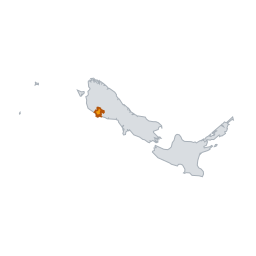 Dunedin City, Otago, New Zealand (highlighted), rotated 82°
{"feature_id": "76426892B14381320629181", "entity_name": "Dunedin City", "entity_type": "district", "adm_level": 2, "iso_a3": "NZL", "parent_name": "New Zealand", "parent_adm1": "Otago", "projection": "natural_earth1", "projection_center": [170.467, -45.641], "detail": "fine", "context": "in_parent", "style": "filled", "palette": "amber", "viewbox_px": 256, "rotation_deg": 82, "n_neighbors": 0, "source": "geoboundaries", "source_scale": "gbopen_adm2", "svg_char_len": 6233}
<svg xmlns="http://www.w3.org/2000/svg" viewBox="0 0 256 256"><g transform="rotate(82 128 128)"><path d="M134.8,103.3L135.9,103.4L140.6,99.9L142.6,99.2L143.1,99.1L142.1,100.1L142.3,100.9L141.2,103.2L142.1,102.9L142.7,101.2L143.3,100.9L143.1,100.0L145.9,100.3L144.9,101.9L143.4,102.9L144.3,103.0L146.5,101.3L146.5,102.3L143.7,105.1L144.5,106.6L143.8,107.9L144.6,107.8L145.6,108.7L145.0,110.0L141.9,113.3L141.4,114.9L138.6,117.8L135.6,123.2L130.0,126.7L131.0,127.6L129.1,128.9L130.6,128.7L131.7,130.7L134.1,131.4L134.3,133.3L132.7,133.9L131.1,133.0L128.8,133.3L129.6,132.5L128.6,132.0L126.9,133.6L124.5,131.7L125.9,133.9L121.0,136.5L119.0,136.7L118.3,138.1L117.2,138.2L117.8,138.7L116.3,145.8L114.9,145.8L116.2,146.5L116.0,147.3L114.4,149.3L112.2,154.7L113.0,156.0L112.9,156.9L108.9,158.3L103.0,164.8L97.6,165.7L94.6,165.0L91.1,165.4L90.5,163.6L89.3,162.6L86.1,162.6L84.7,160.6L83.4,160.1L81.8,161.2L76.9,161.0L76.0,160.7L75.8,159.9L77.7,157.9L76.0,159.0L75.2,158.9L75.9,158.0L75.8,157.1L73.8,158.0L73.9,156.2L78.4,155.1L76.6,154.9L76.5,154.3L78.3,153.0L75.9,153.1L76.3,151.6L77.6,151.5L77.1,150.4L79.7,151.6L79.4,150.5L80.4,150.2L78.6,149.4L78.5,148.2L79.4,147.4L80.6,147.8L79.8,146.8L82.0,144.8L82.5,146.3L82.7,144.1L85.4,142.1L86.6,142.9L86.1,141.0L90.7,136.1L93.3,134.8L94.7,135.1L97.1,133.6L98.2,134.1L97.8,133.1L98.1,132.6L104.2,129.8L104.2,128.8L104.9,128.7L104.4,128.5L108.0,125.4L109.4,125.6L108.5,124.7L110.0,123.9L111.4,124.6L110.6,123.6L111.9,123.0L112.5,123.8L112.6,122.6L114.7,120.2L115.1,122.1L115.4,121.9L115.3,119.9L116.8,117.6L117.9,117.2L117.4,116.5L119.6,109.4L121.8,108.5L123.9,106.4L125.2,102.4L125.7,99.4L127.0,97.2L130.4,94.4L133.3,94.4L131.3,94.7L131.0,96.1L131.6,97.4L133.7,98.3L134.8,103.3ZM134.0,23.7L137.1,29.0L138.6,27.4L138.9,28.6L141.9,30.1L142.4,29.6L144.9,30.9L145.2,32.8L147.0,32.2L149.0,36.1L148.7,37.1L149.4,38.5L147.6,38.7L151.4,44.7L150.9,46.9L151.5,48.3L150.6,51.0L152.2,51.8L152.7,51.2L156.0,52.8L156.8,55.4L158.3,55.3L157.9,49.2L156.9,47.7L157.7,46.7L159.7,49.9L160.6,49.8L161.5,52.4L162.5,58.1L163.8,59.8L163.1,59.5L162.9,60.0L163.6,60.5L169.8,63.4L174.5,64.6L177.3,63.5L178.9,61.2L181.6,59.5L184.1,59.6L186.6,61.1L185.2,64.3L183.8,71.2L181.0,73.2L180.3,76.8L180.8,78.2L180.2,79.3L179.1,77.8L176.6,77.4L172.3,79.1L171.2,80.8L171.0,83.1L172.5,84.4L169.9,90.1L168.4,91.7L161.6,102.5L155.2,107.2L154.4,106.8L153.9,104.9L151.3,105.0L151.5,102.9L151.1,102.7L150.1,103.9L149.0,103.4L154.0,95.6L155.0,91.7L154.1,89.6L152.7,87.7L148.6,86.1L146.6,84.1L142.7,82.5L141.6,81.5L141.1,80.3L141.9,78.2L144.1,76.9L147.1,76.1L149.1,74.0L150.3,67.4L151.5,65.0L151.1,63.5L152.3,62.4L150.5,58.2L150.9,56.9L150.3,56.8L149.2,54.1L149.9,54.0L150.6,55.5L151.3,54.2L152.5,53.9L151.1,52.2L149.4,52.7L148.2,52.2L147.3,49.7L145.5,46.9L146.1,46.8L147.5,48.2L148.1,47.1L147.1,45.5L147.5,43.9L146.3,43.0L146.2,44.0L144.1,42.5L143.0,40.0L143.0,41.3L145.3,45.0L144.7,45.7L144.3,45.3L138.2,35.7L140.3,33.0L139.0,33.5L137.9,35.2L137.3,34.5L136.9,33.3L135.4,31.7L136.1,30.7L136.2,29.4L131.6,22.8L134.8,22.5L134.0,23.7ZM87.2,166.4L89.0,168.8L88.0,168.7L88.0,169.2L89.9,169.7L89.9,170.8L83.4,172.9L85.8,168.9L85.7,166.5L87.2,166.4ZM72.0,212.5L72.6,214.0L70.5,213.2L69.4,213.6L71.0,212.1L71.2,210.5L72.7,210.7L72.0,212.5ZM158.2,43.2L158.5,45.0L156.6,43.7L156.5,42.7L157.0,42.0L158.2,43.2ZM142.3,98.4L141.1,99.1L141.4,97.6L142.8,96.7L142.3,98.4ZM76.0,154.4L75.9,155.3L74.1,154.9L75.5,153.9L76.0,154.4ZM98.7,232.7L99.2,233.3L98.3,233.5L97.4,232.7L98.7,232.7ZM78.1,148.9L78.5,150.3L77.3,149.6L78.1,148.9Z" fill="#d9dde1" stroke="#a8b0b8" stroke-width="1"/><path d="M108.6,149.9L108.7,149.5L108.1,149.5L107.8,149.5L107.8,149.8L107.5,149.9L107.5,150.0L107.3,150.4L107.3,150.5L107.2,150.6L106.9,150.9L107.0,151.1L106.8,151.4L106.6,151.5L106.4,151.7L106.4,151.9L106.1,152.3L105.8,152.4L105.7,152.3L105.2,152.6L104.9,152.6L105.0,152.9L104.9,153.1L104.5,153.2L104.3,153.2L104.2,153.2L104.1,153.3L104.1,153.5L104.0,153.8L104.0,154.0L103.9,154.1L103.9,154.3L103.8,154.5L103.6,154.6L103.6,154.8L103.4,154.9L103.4,155.0L103.4,155.3L103.5,155.3L103.6,155.6L103.8,155.7L103.9,155.8L104.1,155.8L104.2,155.7L104.3,155.6L104.5,155.5L104.8,155.6L104.9,155.3L105.1,155.1L105.3,155.2L105.3,155.3L105.5,155.5L105.8,155.6L106.1,155.8L106.3,155.8L106.2,156.7L106.0,157.5L106.3,157.6L106.6,157.5L106.7,157.8L106.8,157.8L107.0,157.9L107.0,158.0L106.9,158.1L106.7,158.1L106.8,158.2L106.9,158.3L107.0,158.3L107.7,159.0L107.8,158.8L108.0,158.5L108.2,158.4L108.4,158.0L108.6,157.9L108.9,157.8L108.9,157.7L109.5,157.6L109.8,157.5L110.0,157.5L110.2,157.4L110.3,157.4L110.6,157.3L110.9,157.3L111.0,157.3L110.9,157.3L111.0,157.4L111.3,157.2L111.5,157.2L111.6,157.3L111.6,157.2L111.7,157.3L111.8,157.2L111.8,157.3L112.0,157.2L111.9,157.0L111.9,156.9L111.8,156.7L112.0,156.7L112.1,156.8L111.9,156.9L112.0,157.0L112.3,157.0L112.5,157.0L112.6,156.9L112.6,156.7L112.4,156.6L112.1,156.7L112.4,156.6L112.5,156.6L112.5,156.3L112.6,156.2L112.6,155.9L112.4,155.8L112.4,156.0L112.0,156.1L111.9,156.2L111.9,156.5L111.7,156.4L111.7,156.5L111.4,156.7L111.3,156.8L111.2,156.8L111.0,157.0L110.6,157.0L110.4,157.1L110.5,157.0L110.4,157.0L110.6,156.9L110.8,156.9L111.0,156.8L111.2,156.4L111.3,156.4L111.5,156.3L111.5,156.2L111.8,156.0L111.8,155.9L111.9,156.0L111.9,155.9L112.1,155.9L112.3,155.9L112.2,155.7L111.9,155.6L111.7,155.5L111.6,155.4L111.5,155.5L111.4,155.6L111.5,155.5L111.4,155.5L111.5,155.5L111.5,155.4L111.4,155.3L111.2,155.3L111.1,155.5L111.0,155.4L111.0,155.5L111.0,155.4L111.0,155.2L111.2,155.3L111.3,155.2L111.4,154.9L111.5,154.8L111.7,154.6L111.8,154.6L111.7,154.6L111.8,154.5L111.7,154.5L111.8,154.4L111.9,154.2L111.7,154.0L111.8,154.1L112.0,153.9L111.9,153.9L111.9,153.7L112.0,153.8L112.1,154.0L112.4,153.7L112.5,153.6L112.4,153.5L112.5,153.4L112.4,153.4L112.4,153.2L112.3,153.3L111.6,153.3L111.4,153.5L111.3,153.4L111.2,153.4L111.0,153.2L110.9,153.2L110.9,152.9L110.8,152.7L110.9,152.8L110.8,152.7L110.2,152.7L110.1,153.0L110.1,152.9L109.6,152.8L109.3,153.2L109.2,153.2L108.9,153.1L109.0,152.9L108.6,152.6L108.4,152.5L107.7,152.7L107.7,152.4L107.9,152.4L108.1,152.2L108.4,152.0L108.4,150.9L108.8,151.0L108.8,150.6L109.2,150.6L109.3,150.6L109.5,150.5L109.6,150.4L109.7,150.2L109.4,149.9L108.6,149.9Z" fill="#f59e0b" stroke="#b45309" stroke-width="1.5"/></g></svg>